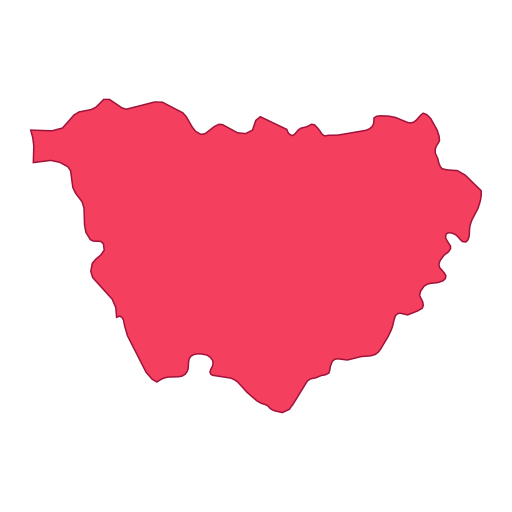 the border of Haute-Loire
{"feature_id": "FRA-5299", "entity_name": "Haute-Loire", "entity_type": "Metropolitan department", "adm_level": 1, "iso_a3": "FRA", "parent_name": "France", "parent_adm1": "", "projection": "orthographic", "projection_center": [3.906, 45.086], "detail": "fine", "context": "isolated", "style": "filled", "palette": "rose", "viewbox_px": 512, "rotation_deg": 0, "n_neighbors": 0, "source": "natural_earth", "source_scale": "10m", "svg_char_len": 2791}
<svg xmlns="http://www.w3.org/2000/svg" viewBox="0 0 512 512"><path d="M33.3,162.6L33.8,146.0L32.8,137.9L30.7,130.1L52.0,130.8L62.5,128.0L74.0,115.0L79.1,111.9L91.1,109.6L96.1,107.1L103.7,99.4L109.5,99.4L122.0,107.9L126.3,109.2L154.5,102.0L162.3,102.2L182.8,112.8L186.3,116.7L192.2,127.0L195.7,131.4L200.9,134.4L205.2,133.6L214.4,126.5L219.0,124.3L222.5,124.6L237.5,132.8L245.6,133.6L252.5,130.1L255.8,120.4L260.3,116.7L286.8,129.4L288.3,133.0L290.1,134.6L292.3,135.6L294.6,134.3L298.4,129.8L301.1,128.1L306.6,126.8L311.7,124.2L314.6,124.9L317.7,128.1L320.1,131.2L321.8,133.9L323.8,135.5L325.3,135.9L328.1,135.3L338.0,135.1L366.0,130.3L369.3,128.9L372.1,126.6L373.5,123.9L373.9,120.8L374.0,117.9L376.6,116.3L380.2,115.8L388.6,116.1L395.3,117.4L408.0,122.6L410.9,122.9L413.7,122.1L416.3,120.1L420.8,115.1L423.2,113.2L426.8,114.6L430.8,118.7L437.2,130.2L439.1,136.1L439.5,140.7L438.0,143.5L436.3,146.1L435.2,149.5L435.3,153.3L437.9,158.9L438.8,163.0L440.2,166.4L442.1,168.7L447.2,169.9L457.3,170.6L465.2,175.1L476.1,185.8L481.1,190.6L481.3,194.3L480.6,199.4L479.9,202.4L478.1,208.1L472.0,219.8L470.9,222.8L470.0,225.7L469.6,228.6L469.3,234.5L468.9,237.5L467.7,240.2L465.8,242.0L462.5,241.6L460.4,239.7L458.3,237.1L456.0,235.0L453.3,233.6L450.6,232.8L448.0,232.9L446.0,234.2L445.6,237.6L447.0,240.6L450.6,246.3L450.5,248.9L448.3,252.0L444.0,255.2L440.1,260.6L438.9,264.3L439.7,267.7L444.2,272.8L445.8,275.6L445.5,278.4L443.1,280.8L437.7,282.6L430.2,283.4L427.0,284.3L423.9,286.4L420.7,291.0L419.9,294.1L419.6,295.7L419.9,296.3L420.4,297.1L422.8,302.1L423.3,305.5L422.2,308.3L417.7,310.9L407.6,314.9L400.8,313.3L398.1,313.4L395.5,315.5L394.1,319.7L392.5,326.5L391.4,329.6L388.3,336.2L380.4,349.4L378.1,352.3L375.2,354.5L370.7,355.8L361.1,356.6L347.4,360.0L337.9,358.8L334.9,359.3L332.3,361.3L330.4,366.3L329.8,369.9L329.0,372.9L326.1,374.5L324.2,375.1L321.6,375.4L315.8,377.8L312.9,378.3L310.0,379.1L307.2,381.2L292.7,404.8L290.7,407.3L289.4,409.3L282.3,412.6L274.2,410.7L272.3,409.8L270.1,408.4L268.1,406.1L266.1,404.9L261.2,403.3L256.8,400.8L246.9,392.2L237.9,382.2L234.9,380.0L230.8,378.1L212.6,375.3L210.6,374.0L210.0,371.7L210.9,369.1L212.4,366.3L213.1,363.5L212.6,360.4L210.3,357.3L206.8,355.0L200.9,353.9L196.7,353.9L193.2,354.8L190.6,356.5L189.1,359.1L188.6,362.0L188.2,368.5L187.1,371.6L185.2,374.2L182.3,376.0L179.2,376.7L168.0,377.1L164.5,377.9L161.5,379.1L156.9,382.0L152.2,379.3L146.1,372.3L127.5,335.8L124.7,326.3L123.5,320.1L122.2,317.7L119.8,316.1L116.6,317.3L115.8,307.6L112.2,299.2L92.7,277.6L90.8,271.3L92.3,263.3L95.9,259.1L100.8,255.0L104.2,250.2L103.4,243.7L100.7,241.4L93.4,241.1L90.3,239.6L85.9,232.3L84.5,224.7L84.0,208.1L82.1,201.8L75.5,193.1L72.8,187.4L70.6,170.8L67.9,166.8L59.7,162.3L50.8,160.4L33.3,162.6Z" fill="#f43f5e" stroke="#9f1239" stroke-width="1.5"/></svg>